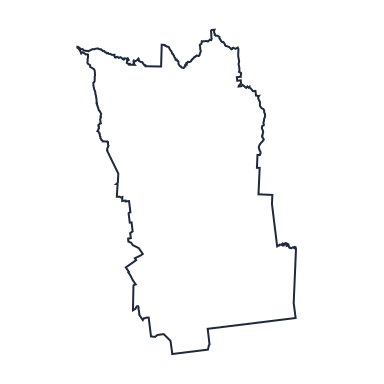 the district of Benalla, Victoria, Australia, rotated 173°
{"feature_id": "25037944B90980309349747", "entity_name": "Benalla", "entity_type": "district", "adm_level": 2, "iso_a3": "AUS", "parent_name": "Australia", "parent_adm1": "Victoria", "projection": "natural_earth1", "projection_center": [146.082, -36.59], "detail": "fine", "context": "isolated", "style": "outline", "palette": "slate", "viewbox_px": 384, "rotation_deg": 173, "n_neighbors": 0, "source": "geoboundaries", "source_scale": "gbopen_adm2", "svg_char_len": 6121}
<svg xmlns="http://www.w3.org/2000/svg" viewBox="0 0 384 384"><g transform="rotate(173 192 192)"><path d="M231.4,33.6L195.4,33.6L193.9,37.8L193.2,38.5L193.1,54.3L104.5,54.3L104.6,69.4L96.1,120.5L95.8,122.7L96.1,122.7L96.3,123.3L96.1,123.8L96.8,123.9L96.9,124.4L96.3,124.3L96.1,124.6L96.7,125.0L97.6,124.1L98.4,124.9L100.2,124.1L101.4,124.4L101.5,124.9L102.3,125.1L102.6,126.1L102.5,126.7L102.8,127.1L103.9,127.0L102.8,128.3L103.1,128.5L104.1,128.4L104.0,129.1L104.6,129.3L104.7,129.7L105.1,129.9L105.5,129.8L105.5,129.0L105.8,128.7L106.2,129.4L106.5,129.4L107.0,128.6L107.1,129.1L107.5,129.4L107.5,128.9L107.9,128.3L108.1,128.4L108.4,128.1L108.7,128.6L109.2,128.3L109.6,128.5L109.6,129.0L110.1,128.7L111.3,129.1L112.1,128.3L112.8,128.6L113.6,128.5L113.8,128.1L113.8,127.7L114.1,127.6L114.1,170.4L112.6,179.3L126.3,181.6L121.9,207.7L124.6,208.1L122.5,220.8L120.2,220.4L119.2,222.2L119.2,223.9L119.8,224.9L120.3,227.8L120.1,228.6L119.1,230.7L117.3,232.6L115.8,233.6L115.4,234.4L114.5,235.0L114.4,235.7L115.7,238.1L115.4,238.6L115.7,239.1L115.3,239.9L115.0,240.0L114.4,242.1L114.1,242.4L114.1,244.0L114.8,246.3L114.8,247.5L114.1,249.1L112.7,249.4L112.5,249.9L112.7,252.2L112.1,253.2L111.4,256.0L110.3,258.0L110.0,260.6L110.4,261.4L110.7,262.9L110.4,263.6L110.5,264.2L110.9,265.4L112.9,266.9L114.1,269.3L113.6,273.1L114.8,276.3L114.8,277.9L113.8,279.2L115.0,279.2L115.8,279.7L116.7,279.9L116.7,284.6L119.2,284.6L121.0,287.5L122.1,288.6L122.1,289.3L123.0,288.6L124.1,290.0L125.6,288.7L128.7,292.2L130.2,291.0L132.9,291.0L132.6,291.7L130.1,294.0L130.0,296.9L133.5,296.9L133.5,300.5L129.5,300.5L129.6,301.4L129.2,302.0L128.8,303.7L128.9,304.4L130.7,305.5L130.2,306.7L130.0,307.6L129.9,310.2L130.2,313.3L129.5,315.1L129.3,316.2L129.6,321.0L129.1,324.7L128.5,328.1L129.0,329.8L131.3,328.8L133.0,329.7L133.5,330.2L134.2,330.0L134.8,329.0L135.4,328.8L137.4,331.3L140.0,332.7L140.5,332.7L141.3,333.6L141.4,334.8L142.5,336.9L142.7,337.1L143.6,337.0L144.6,338.1L144.7,338.9L145.6,340.0L145.6,340.5L146.0,341.0L145.9,342.5L147.8,344.1L149.2,344.2L150.3,345.1L150.0,346.0L150.6,347.4L150.4,349.5L149.9,350.3L152.8,350.4L153.5,349.5L153.6,346.4L153.9,343.8L153.8,341.6L154.5,340.4L155.6,341.0L155.9,340.6L157.3,340.0L157.9,339.4L159.8,340.3L161.2,340.0L162.5,340.3L163.1,340.0L163.9,340.4L164.6,337.9L166.1,337.3L166.4,336.7L166.2,335.4L166.4,332.8L166.1,331.3L166.3,330.1L167.4,328.4L167.6,327.3L168.0,327.0L168.2,326.5L168.9,326.1L170.8,326.9L171.8,326.0L172.2,326.1L172.7,325.6L173.2,325.7L174.4,324.3L174.9,324.3L175.9,323.2L176.3,323.2L177.1,321.9L178.6,321.2L178.8,320.5L178.8,321.2L179.2,321.5L179.6,321.5L179.4,321.0L180.1,321.6L180.9,320.7L181.3,320.9L181.6,320.5L181.9,320.6L182.2,319.7L182.6,319.5L182.0,318.9L183.2,318.6L183.3,317.6L183.8,317.8L184.9,316.2L185.2,316.1L185.6,316.4L187.0,316.7L187.6,317.3L187.7,318.0L188.8,318.7L189.8,320.7L189.8,321.4L189.6,322.1L189.6,323.1L190.0,323.7L191.1,324.4L191.1,325.1L191.8,324.9L192.2,325.2L192.1,326.2L192.3,327.0L193.0,327.7L193.3,329.6L193.8,330.3L194.0,331.2L194.3,331.2L194.9,332.1L195.2,334.0L195.5,334.5L195.8,334.7L197.1,337.5L197.2,338.4L198.5,339.3L199.1,339.3L199.9,340.1L200.7,340.2L200.9,341.0L201.5,341.3L204.1,341.9L207.4,320.3L222.9,322.5L222.8,323.5L223.8,323.7L223.9,324.1L225.1,325.6L225.2,326.5L225.6,327.0L226.8,327.2L228.7,328.6L228.6,330.4L228.9,331.0L230.5,329.5L233.0,328.5L233.7,329.6L233.9,329.4L234.2,328.8L234.0,327.4L234.3,326.7L233.8,326.6L233.8,325.8L233.4,325.2L238.7,326.0L238.3,326.8L239.7,327.0L241.0,328.1L240.2,330.9L238.9,330.5L238.7,330.7L238.7,330.9L239.2,331.3L239.2,332.0L239.5,332.6L240.4,332.1L241.1,332.5L243.1,332.9L243.4,332.6L243.4,331.8L243.7,331.7L244.4,332.2L244.5,332.7L245.0,332.9L245.8,333.9L246.7,334.5L248.3,334.0L249.5,335.2L249.9,335.3L250.9,335.2L251.3,334.7L251.7,334.7L252.2,335.3L252.5,336.2L252.2,337.6L254.9,337.9L255.9,338.8L257.6,339.2L258.5,340.3L259.5,339.9L260.4,341.0L261.2,341.3L261.8,342.5L263.2,342.7L263.6,343.5L264.6,343.9L264.9,344.7L267.0,345.2L267.7,345.9L269.8,346.0L271.7,345.6L273.5,345.9L277.8,344.3L278.3,344.7L280.5,345.1L282.2,345.8L283.1,347.1L284.6,347.2L287.4,350.0L288.0,350.1L288.2,349.2L286.2,347.0L286.2,346.4L285.3,344.5L285.4,344.2L285.1,343.1L284.6,343.6L283.5,344.0L281.3,342.3L280.7,341.5L278.9,341.4L278.5,341.1L278.8,338.3L279.5,336.4L279.5,334.9L280.0,333.7L279.9,332.2L277.7,330.3L277.9,328.7L274.5,326.0L273.9,325.0L273.8,323.8L274.0,319.5L274.6,318.2L274.7,316.3L275.2,313.8L275.5,313.2L276.6,312.4L276.9,309.9L276.6,306.0L275.9,303.6L275.8,301.9L276.0,301.3L275.5,298.6L275.7,297.7L275.5,296.5L275.6,293.5L275.8,292.8L275.5,292.2L275.9,291.5L275.5,291.3L275.6,290.2L275.5,289.4L275.2,289.1L275.3,288.2L274.8,287.1L274.9,286.4L274.5,284.9L274.5,284.4L274.1,284.2L273.7,283.4L273.7,283.1L273.4,282.8L272.6,280.3L273.5,278.7L273.6,277.9L273.2,277.5L273.4,276.9L273.9,276.3L274.4,274.9L274.2,273.8L274.4,273.1L274.0,271.3L274.4,271.0L275.4,271.0L276.1,270.1L276.8,269.8L276.9,269.0L276.4,268.1L276.6,267.7L276.5,266.6L277.1,266.2L277.4,265.1L278.4,264.0L277.5,263.5L277.2,262.1L276.5,261.5L276.7,260.7L276.5,260.1L276.6,258.7L276.2,258.1L276.3,256.3L275.7,255.6L275.7,255.1L275.5,254.6L275.0,254.4L274.5,253.7L274.5,253.1L270.0,252.5L269.7,251.6L269.3,251.6L269.6,249.0L269.2,248.1L270.9,245.3L271.2,243.8L270.9,243.7L271.0,242.7L262.9,219.2L264.4,210.7L265.7,209.3L266.1,209.1L264.9,208.8L267.2,196.4L264.4,196.1L263.2,195.2L261.7,195.5L262.4,191.6L259.0,191.6L259.0,190.7L255.6,190.7L255.6,179.4L256.4,179.4L257.5,178.6L257.5,169.2L255.7,169.2L255.7,160.2L258.4,158.7L258.3,153.6L260.9,153.6L260.8,153.2L261.1,153.0L261.2,152.1L261.0,151.2L261.2,150.6L258.4,148.9L257.3,146.5L251.7,142.8L248.4,136.5L250.9,135.2L256.8,133.2L255.7,131.2L266.9,125.2L264.4,120.4L265.0,120.0L263.5,117.2L261.4,111.4L259.1,107.1L260.5,106.9L261.5,106.4L265.0,81.8L262.5,82.9L261.0,84.9L260.5,85.3L259.5,85.3L259.2,84.8L259.1,84.2L259.1,83.4L259.5,82.5L259.2,81.2L259.1,79.0L259.3,78.2L259.1,77.4L259.3,76.5L256.4,70.9L255.2,72.5L253.5,72.5L252.8,72.9L250.3,72.6L250.3,53.6L246.2,52.7L243.8,54.3L237.4,54.4L231.5,46.9L231.3,36.1L231.4,33.6Z" fill="none" stroke="#1e293b" stroke-width="2"/></g></svg>